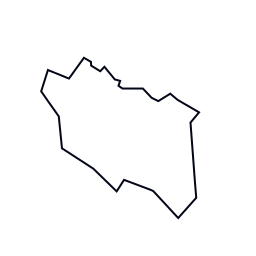 Columbia, Pennsylvania, United States of America, rotated 133°
{"feature_id": "52423323B8238929782503", "entity_name": "Columbia", "entity_type": "district", "adm_level": 2, "iso_a3": "USA", "parent_name": "United States of America", "parent_adm1": "Pennsylvania", "projection": "mercator", "projection_center": [-76.441, 41.043], "detail": "fine", "context": "isolated", "style": "outline", "palette": "ink", "viewbox_px": 256, "rotation_deg": 133, "n_neighbors": 0, "source": "geoboundaries", "source_scale": "gbopen_adm2", "svg_char_len": 519}
<svg xmlns="http://www.w3.org/2000/svg" viewBox="0 0 256 256"><g transform="rotate(133 128 128)"><path d="M121.5,42.6L81.4,86.0L68.1,86.7L73.6,110.9L74.1,120.5L87.7,124.2L89.8,131.4L89.0,144.0L102.9,159.0L103.6,163.7L98.9,165.9L101.5,170.8L99.3,187.0L105.4,187.0L107.5,197.5L104.9,200.2L106.7,208.1L132.1,204.9L140.2,226.1L160.4,216.5L162.7,205.8L166.7,186.6L187.9,162.4L181.4,125.7L182.1,93.1L168.6,95.5L157.5,68.5L156.9,66.3L159.6,29.9L132.5,30.5L121.5,42.6Z" fill="none" stroke="#020617" stroke-width="2"/></g></svg>